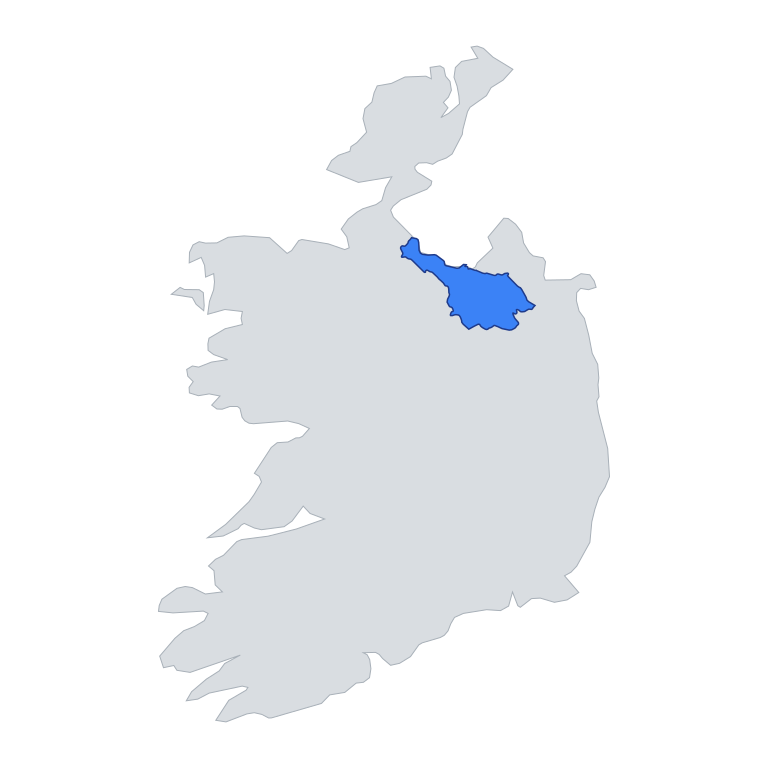 location of Cavan within Ireland
{"feature_id": "IRL-79", "entity_name": "Cavan", "entity_type": "County", "adm_level": 1, "iso_a3": "IRL", "parent_name": "Ireland", "parent_adm1": "", "projection": "mercator", "projection_center": [-7.418, 54.036], "detail": "fine", "context": "in_parent", "style": "filled", "palette": "blue", "viewbox_px": 768, "rotation_deg": 0, "n_neighbors": 0, "source": "natural_earth", "source_scale": "10m", "svg_char_len": 6611}
<svg xmlns="http://www.w3.org/2000/svg" viewBox="0 0 768 768"><path d="M486.4,95.7L470.0,107.3L467.5,111.7L462.9,129.4L462.3,134.4L452.1,154.0L446.3,158.0L437.6,161.2L432.7,164.3L426.6,162.7L418.7,163.0L414.8,166.5L415.0,169.2L417.4,172.3L431.8,181.2L431.0,185.0L426.9,189.2L401.0,199.7L393.3,206.0L390.6,210.2L393.4,217.1L414.0,238.0L417.5,240.3L420.6,252.4L438.8,257.5L446.3,265.0L452.7,266.8L466.6,266.2L472.3,269.0L475.4,266.9L477.3,262.9L492.9,248.1L488.0,237.1L503.8,218.2L508.2,218.5L515.6,224.2L521.7,232.3L523.6,243.0L529.4,252.6L533.1,255.9L543.1,257.8L545.5,261.6L543.7,275.5L545.2,280.1L570.7,279.7L581.0,273.7L589.8,274.8L594.2,281.0L596.1,287.3L588.5,289.7L580.6,288.4L576.7,292.6L576.4,300.7L579.1,311.1L584.4,318.4L588.7,335.0L592.2,353.3L597.7,364.3L598.8,378.0L598.0,384.7L599.0,396.8L596.7,401.0L598.4,412.3L607.7,448.5L609.5,476.7L605.0,487.3L598.9,497.2L594.9,509.1L591.8,521.8L589.9,542.3L576.7,566.2L571.0,572.2L564.5,575.8L578.8,592.5L567.1,599.9L554.4,602.3L540.3,598.1L531.5,598.6L520.3,607.3L517.8,605.7L512.5,592.0L508.6,606.1L500.5,610.6L486.6,609.7L463.4,613.4L454.5,617.4L450.8,623.7L448.0,630.9L444.4,635.2L440.3,637.5L422.3,642.8L418.8,644.9L410.5,656.6L399.6,663.3L390.6,665.3L382.6,658.5L379.3,654.5L375.6,652.4L363.3,652.7L367.2,654.8L369.7,659.6L370.9,668.7L369.5,677.7L363.4,682.3L356.2,683.1L344.8,692.4L329.7,694.9L321.5,703.4L271.5,717.9L268.7,718.0L261.8,714.4L254.3,712.7L246.9,713.9L226.0,721.9L215.8,720.3L228.8,700.3L246.1,690.2L247.9,687.4L242.2,686.1L209.2,693.1L197.8,699.1L186.3,700.8L191.6,691.7L206.4,679.1L219.2,670.9L224.7,663.5L240.3,655.1L190.1,672.4L176.9,670.3L173.8,665.5L163.5,667.7L159.7,656.1L174.9,638.3L183.7,630.7L194.3,626.6L204.4,620.6L208.1,613.4L203.4,611.1L173.0,612.9L158.5,611.4L159.2,605.6L161.9,599.2L177.0,588.3L185.2,586.5L192.4,587.6L205.3,594.0L222.4,591.9L215.2,584.9L214.0,570.7L208.5,566.0L215.5,559.3L223.5,555.3L236.8,541.6L241.6,539.6L268.0,536.2L296.4,529.0L324.6,519.0L310.1,513.5L303.2,506.1L292.1,521.0L284.1,526.7L261.4,529.7L254.3,528.0L244.2,523.4L241.1,525.2L238.1,528.7L223.2,536.0L207.4,537.8L225.7,524.4L249.0,501.7L254.1,494.5L261.5,482.0L259.2,476.4L254.4,473.3L271.3,447.4L277.2,442.7L288.0,442.0L295.9,437.9L299.4,437.8L302.5,436.3L309.4,428.5L298.7,423.6L287.7,421.0L253.5,423.7L249.0,423.2L244.8,420.8L242.1,417.3L240.0,408.5L237.5,406.5L229.8,406.5L222.2,409.2L216.9,409.0L211.7,405.1L220.0,396.0L209.2,393.9L198.4,395.7L189.4,392.9L189.1,387.3L193.2,381.6L187.8,376.2L186.7,369.4L192.4,366.0L198.7,367.1L211.4,362.1L227.7,359.6L213.7,354.6L208.1,350.4L207.9,343.8L209.0,338.2L225.2,328.7L242.4,324.5L241.1,318.3L242.4,311.5L224.9,309.5L207.7,314.3L209.5,301.3L213.7,289.6L214.5,281.9L213.7,273.6L205.6,277.1L204.6,265.4L201.2,257.4L189.2,262.9L189.5,252.3L193.0,244.9L199.2,241.7L205.4,243.1L216.9,242.9L228.1,237.3L244.1,235.9L269.6,237.7L287.1,253.4L291.6,250.6L298.7,240.6L301.9,239.5L328.4,243.9L344.8,249.6L349.2,247.8L346.8,236.8L341.2,229.1L348.3,219.0L356.9,212.2L362.7,208.8L376.0,204.6L381.8,200.6L385.6,187.6L391.8,176.8L358.4,182.4L326.6,169.6L331.6,160.5L338.4,155.3L349.9,151.3L351.0,146.6L356.9,142.6L366.6,132.2L363.0,118.6L364.9,108.6L371.9,102.1L374.1,92.8L377.2,85.9L391.4,83.4L405.0,77.0L425.9,76.2L431.4,78.8L430.1,67.4L440.0,65.9L443.9,68.2L445.6,76.2L450.0,81.4L451.4,90.3L448.4,97.1L443.4,102.4L448.0,107.8L440.9,117.6L448.6,113.4L459.5,103.9L458.9,96.0L457.1,86.2L454.0,77.3L455.4,67.5L461.6,61.4L477.8,58.3L471.1,47.1L477.1,46.1L483.5,48.4L492.9,57.1L512.9,69.3L503.1,80.1L491.1,87.6L486.4,95.7ZM204.2,305.6L203.7,310.7L196.1,304.3L192.3,297.5L171.3,294.3L180.1,287.4L184.4,289.5L199.2,289.7L203.3,292.6L204.2,305.6Z" fill="#d9dde1" stroke="#a8b0b8" stroke-width="1"/><path d="M411.6,237.6L412.4,237.9L416.4,238.6L418.0,239.7L418.7,242.5L419.1,250.4L420.4,253.1L422.4,254.3L428.1,255.1L434.3,254.7L436.1,255.1L443.6,260.7L444.3,261.8L444.5,263.4L444.8,264.8L446.0,265.7L457.0,268.3L459.3,267.9L463.5,264.5L466.1,264.7L465.0,266.2L465.3,266.5L466.4,266.3L467.2,266.6L468.0,268.1L468.2,268.9L468.6,269.0L470.2,268.7L475.2,270.4L476.3,270.3L476.6,270.6L482.8,273.2L485.1,273.6L486.3,273.2L486.9,273.2L494.2,275.4L495.1,275.4L495.8,275.3L496.6,274.5L497.1,274.2L497.7,274.0L498.6,274.1L501.2,274.9L502.1,274.9L502.8,274.7L504.2,273.8L504.7,273.5L507.4,273.1L508.0,273.3L508.4,273.7L508.3,274.5L507.9,275.1L507.6,275.6L508.3,276.7L517.5,286.1L519.6,287.5L520.3,287.7L521.0,288.5L521.9,289.8L525.7,296.6L526.2,297.7L526.9,300.0L528.6,301.7L535.0,305.5L532.9,307.8L532.7,308.4L532.1,309.1L531.4,309.4L529.9,309.2L528.8,309.2L527.8,309.6L524.7,311.5L522.5,311.8L521.3,311.8L520.5,311.6L520.0,311.2L519.2,310.4L518.7,310.1L518.1,309.8L517.5,309.6L517.0,309.5L516.5,309.7L516.5,310.4L516.6,311.0L516.8,311.6L516.9,312.3L516.9,312.8L516.6,313.3L516.2,313.7L515.6,313.9L514.9,313.9L513.5,313.1L513.0,313.1L512.9,313.7L513.1,314.4L513.3,315.0L514.5,317.8L515.2,318.8L518.1,322.2L518.4,322.7L518.5,323.3L518.5,324.0L518.2,324.5L517.6,325.1L516.7,325.8L516.3,326.5L515.7,327.3L514.8,328.2L511.7,329.8L509.2,330.1L502.0,328.6L497.8,326.6L496.3,326.1L495.5,325.7L494.7,325.5L494.0,325.5L492.0,327.0L490.6,327.7L489.1,328.1L488.4,328.6L487.8,329.2L486.7,329.5L485.3,329.2L482.5,327.6L481.3,326.7L480.6,326.0L480.2,325.3L479.6,324.4L478.2,324.2L474.0,326.3L468.8,329.2L463.2,324.2L461.8,322.3L461.7,321.6L461.7,320.9L461.4,319.9L461.0,318.7L460.1,316.6L459.4,315.7L458.7,315.1L456.6,314.7L455.3,314.7L454.7,314.8L452.3,315.6L451.5,315.6L450.7,315.6L450.4,315.2L450.4,314.6L450.6,314.0L451.0,312.8L451.3,312.3L451.6,311.9L452.1,311.6L452.7,311.5L453.1,311.2L453.3,310.7L453.1,309.9L452.8,309.0L452.2,307.8L451.5,307.2L450.0,306.8L449.3,306.2L448.9,305.5L447.1,302.1L447.6,299.2L449.1,296.2L449.4,295.1L449.5,294.3L449.3,293.6L448.9,292.7L448.9,292.2L448.7,289.0L448.6,288.2L448.4,287.5L448.1,286.9L447.5,286.3L447.0,286.0L446.4,286.0L445.8,285.9L445.1,285.6L443.3,282.9L440.5,280.3L439.1,279.2L437.1,276.8L432.5,272.5L431.6,272.0L430.4,271.8L429.6,271.5L427.8,270.4L427.2,270.2L426.5,270.2L426.1,270.5L425.7,270.9L425.5,271.5L425.4,272.2L424.9,272.4L424.1,272.1L412.2,260.3L410.8,259.2L408.5,258.8L407.6,258.4L405.9,257.1L405.4,256.9L404.9,256.9L402.8,257.2L401.9,257.2L401.6,257.0L401.5,256.5L401.7,256.0L402.1,255.2L402.5,254.7L402.7,254.1L402.8,253.5L402.6,252.6L400.7,248.8L400.6,248.0L400.7,247.4L401.0,246.8L401.4,246.4L401.9,246.0L402.4,245.9L403.0,245.9L403.6,246.1L404.2,246.2L404.8,246.1L405.3,245.9L405.7,245.6L407.4,243.8L407.7,243.4L408.0,242.8L408.2,242.2L408.3,241.5L408.6,241.1L408.9,240.7L410.1,239.6L411.0,238.5L411.6,237.6Z" fill="#3b82f6" stroke="#1e3a8a" stroke-width="1.5"/></svg>